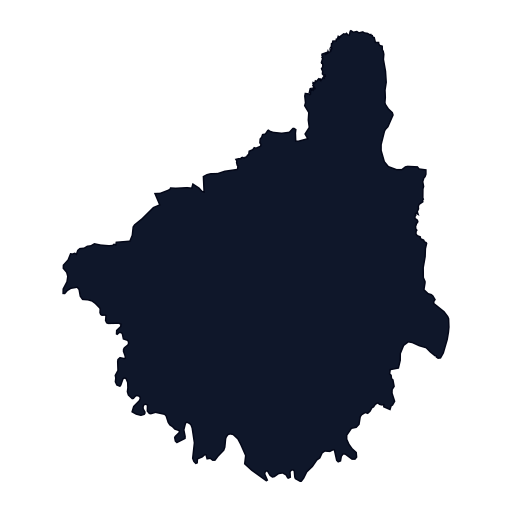 outline of Tham Phannara, Nakhon Si Thammarat, Thailand
{"feature_id": "78962969B12652914635488", "entity_name": "Tham Phannara", "entity_type": "district", "adm_level": 2, "iso_a3": "THA", "parent_name": "Thailand", "parent_adm1": "Nakhon Si Thammarat", "projection": "natural_earth1", "projection_center": [99.386, 8.47], "detail": "fine", "context": "isolated", "style": "filled", "palette": "ink", "viewbox_px": 512, "rotation_deg": 0, "n_neighbors": 0, "source": "geoboundaries", "source_scale": "gbopen_adm2", "svg_char_len": 5994}
<svg xmlns="http://www.w3.org/2000/svg" viewBox="0 0 512 512"><path d="M362.8,31.9L358.9,32.9L356.8,31.5L353.4,32.3L350.9,30.7L350.3,31.1L349.2,35.3L347.9,35.0L346.5,33.3L345.2,34.3L343.8,33.8L340.4,36.3L340.4,37.0L339.5,36.8L339.3,38.0L338.2,36.5L337.7,38.1L338.2,38.8L336.3,39.2L336.2,41.0L332.9,41.1L332.4,43.3L331.5,43.7L331.4,46.5L330.4,48.0L331.7,48.0L331.8,48.7L331.3,49.6L330.1,50.0L330.9,50.8L330.6,51.4L328.6,52.6L328.0,51.3L327.5,53.4L325.5,54.5L325.2,54.1L326.1,52.7L322.1,54.1L321.9,55.2L322.5,56.2L322.0,57.6L322.8,58.2L321.4,62.5L321.7,63.3L322.6,63.4L322.8,65.7L322.6,67.2L321.5,68.7L322.7,71.2L322.4,73.9L323.4,75.0L324.9,74.8L325.3,76.3L323.9,76.5L324.2,78.2L323.1,77.6L321.2,80.1L320.0,78.8L319.6,79.0L319.9,79.9L318.7,78.8L316.4,81.5L315.4,80.9L314.7,83.2L313.1,82.5L312.9,83.6L313.6,84.5L312.9,85.6L313.9,86.4L313.1,87.9L314.6,87.6L314.9,88.5L314.2,88.5L313.7,89.6L312.8,89.3L312.8,90.1L312.2,89.7L311.6,90.2L311.1,88.4L310.2,88.7L309.4,92.3L310.5,92.3L310.5,94.2L309.8,94.7L309.2,94.0L305.3,93.5L304.8,96.0L305.5,102.8L304.7,105.7L308.8,112.5L308.3,120.1L309.3,127.4L305.1,134.0L307.8,138.7L298.2,141.3L295.7,141.1L295.4,133.1L295.8,129.6L293.9,128.4L292.9,128.5L289.4,132.3L281.7,133.3L273.1,132.4L269.6,131.2L268.5,130.2L267.8,130.5L265.4,134.1L262.6,134.6L261.7,137.3L260.2,139.0L259.9,142.8L261.1,144.6L260.5,146.3L256.0,148.2L254.2,147.7L252.8,149.7L249.2,151.2L248.7,154.9L247.6,155.1L246.6,156.9L244.9,157.4L244.4,158.2L242.6,157.4L241.4,157.7L240.7,158.9L238.8,158.7L235.9,159.4L236.9,161.0L236.6,162.4L237.2,165.2L237.9,165.7L237.7,168.6L237.1,169.5L224.7,171.3L217.8,173.6L210.5,173.8L207.0,174.7L203.4,176.6L204.1,192.0L201.9,191.4L199.0,188.1L192.9,184.1L191.7,188.2L187.1,187.7L175.6,188.3L170.6,188.0L170.0,189.3L168.2,190.3L160.2,193.4L155.0,193.6L159.8,204.9L153.4,207.6L142.0,218.9L134.6,224.9L133.2,227.0L132.3,235.3L129.9,241.2L116.3,242.3L115.8,245.0L114.0,244.3L112.6,245.5L109.1,245.8L100.6,245.1L94.4,243.8L91.0,245.8L87.3,246.3L84.2,248.2L79.9,248.6L77.8,250.4L76.4,254.4L74.8,253.3L72.4,254.1L70.6,253.8L68.1,260.0L63.4,265.2L63.3,268.3L66.7,272.3L67.8,276.4L67.0,281.8L63.2,289.0L63.1,293.4L64.7,293.5L67.3,290.5L70.8,288.3L77.2,287.2L79.1,289.5L80.3,296.2L82.6,299.4L88.0,299.8L92.1,301.0L95.2,303.3L99.6,307.8L100.2,308.8L100.0,312.6L100.7,314.4L101.9,315.2L105.2,315.1L106.0,315.8L105.6,320.5L106.7,322.8L108.2,323.4L118.7,323.2L121.0,324.2L120.7,326.6L116.7,330.4L116.5,333.9L117.2,334.3L119.3,332.4L121.5,332.7L122.4,334.0L123.4,338.9L127.5,340.3L128.4,341.5L128.6,343.4L127.9,345.0L124.4,347.8L123.6,349.3L123.5,351.3L125.2,356.1L125.3,358.2L124.3,358.6L120.0,357.7L118.0,359.5L117.7,361.6L118.0,370.5L115.3,375.4L115.8,378.0L115.4,381.8L116.9,385.0L119.9,386.2L120.8,385.0L123.0,378.7L124.4,378.0L126.0,378.4L127.7,382.5L127.9,387.8L127.4,391.7L128.4,395.0L132.2,398.6L133.4,398.4L135.2,396.3L136.6,395.5L138.9,396.0L140.2,397.4L140.2,398.9L139.3,400.8L133.7,406.5L132.1,411.8L136.2,414.1L140.9,415.3L144.2,414.3L144.9,413.2L144.9,412.0L143.2,409.0L143.0,406.8L143.9,404.7L145.5,404.2L147.5,405.0L147.3,411.0L149.3,413.4L150.8,413.7L155.5,412.3L164.7,414.3L166.2,416.0L168.2,422.3L169.9,424.9L172.5,426.6L174.9,429.1L179.4,430.6L179.2,432.6L175.2,436.5L174.7,437.6L175.4,441.1L176.9,442.5L185.0,438.4L185.1,436.4L183.8,429.8L185.5,423.1L186.9,422.1L189.8,423.6L191.1,425.0L192.2,428.0L194.4,442.8L192.7,458.3L193.9,461.4L195.8,463.4L197.2,462.8L197.4,458.9L202.2,456.9L204.9,454.5L206.1,455.0L207.1,458.8L210.3,458.3L212.7,460.2L214.9,460.2L218.0,456.1L223.7,450.2L224.8,447.1L225.6,438.7L226.3,436.8L228.1,434.4L230.4,433.9L233.2,434.5L237.9,438.9L240.8,444.4L245.7,455.5L244.7,463.8L251.7,470.2L266.3,480.7L267.3,480.1L264.7,474.1L264.9,472.4L266.3,470.8L267.6,471.1L270.1,475.4L272.4,477.0L274.3,476.6L278.5,473.6L282.6,472.9L286.1,474.9L287.7,477.8L288.3,478.1L290.3,477.2L290.0,472.1L290.9,470.5L292.4,469.8L293.8,470.3L294.3,471.3L294.8,477.0L295.4,478.6L300.2,481.3L301.3,481.2L303.6,478.2L306.7,471.9L312.4,466.4L316.8,460.0L319.8,457.9L322.1,452.9L324.8,451.0L329.8,451.4L333.1,449.7L334.4,450.0L336.7,460.3L338.2,461.8L340.5,460.9L341.3,456.3L343.1,453.9L345.3,454.1L352.0,459.1L355.0,459.1L356.6,457.1L356.2,452.5L352.1,448.8L348.9,444.3L346.7,439.3L346.7,435.2L351.4,428.3L356.2,427.3L359.0,424.3L360.2,416.8L361.5,414.8L365.2,412.5L367.7,413.3L370.0,411.2L371.9,407.7L373.5,406.9L375.2,404.4L376.9,403.3L377.9,402.9L379.5,404.3L381.8,404.9L383.8,404.6L383.8,406.8L390.0,409.5L391.1,405.8L392.5,405.0L394.6,401.3L392.0,393.2L392.1,389.5L394.1,386.4L392.9,379.9L391.5,378.7L391.1,375.3L389.6,373.8L390.2,369.6L398.4,368.0L400.2,360.3L400.3,353.5L403.6,345.4L408.3,341.8L412.3,342.5L419.3,345.7L426.2,347.7L430.3,351.9L435.0,355.7L435.9,355.7L436.5,356.2L436.4,357.0L438.1,358.2L440.5,357.9L443.3,352.9L447.2,339.5L448.4,332.3L448.9,327.1L448.6,318.8L447.7,316.6L444.0,311.7L433.7,303.5L433.8,301.4L435.0,299.6L432.8,295.9L431.2,294.6L428.1,293.7L423.9,289.7L425.0,282.9L425.0,281.5L423.3,277.6L423.2,267.6L425.1,256.7L425.4,248.7L426.6,243.4L426.1,242.6L424.3,241.8L423.8,240.3L422.6,239.5L421.8,239.7L420.4,238.2L420.3,236.9L417.1,235.6L415.9,233.7L416.1,231.2L416.8,230.2L415.7,228.7L415.6,225.9L416.3,224.7L416.2,223.2L417.4,222.8L417.8,221.3L417.0,219.8L414.9,218.5L415.0,216.2L415.8,215.2L415.3,213.9L416.1,213.1L418.1,214.3L417.2,211.7L418.5,208.8L418.3,206.6L419.0,204.4L422.8,201.8L422.6,199.8L423.3,199.2L422.8,197.9L422.9,188.9L423.6,186.5L422.7,181.7L423.8,178.0L425.0,176.7L425.9,174.2L425.9,169.9L419.1,169.0L417.4,166.9L407.6,166.4L405.4,166.9L401.8,169.7L396.6,169.7L388.3,166.6L384.3,161.7L381.1,150.5L381.1,144.6L384.4,131.4L385.3,129.5L387.9,126.7L393.0,115.0L392.3,112.7L388.3,108.9L385.3,104.3L384.9,102.5L385.3,97.5L385.0,90.1L386.2,82.3L385.5,71.3L383.4,59.4L383.8,54.3L383.2,51.3L382.3,49.8L382.2,46.2L379.8,45.5L378.8,44.2L378.6,42.5L375.4,42.5L374.2,37.6L372.5,36.9L372.3,35.6L371.3,35.4L370.8,34.5L370.0,34.9L367.5,33.4L364.3,32.9L362.8,31.9Z" fill="#0f172a" stroke="#020617" stroke-width="1.5"/></svg>